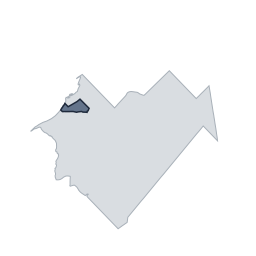 location of Benichab, Inchiri, Mauritania, rotated 46°
{"feature_id": "47542326B98603827415339", "entity_name": "Benichab", "entity_type": "district", "adm_level": 2, "iso_a3": "MRT", "parent_name": "Mauritania", "parent_adm1": "Inchiri", "projection": "natural_earth1", "projection_center": [-15.686, 19.224], "detail": "fine", "context": "in_parent", "style": "filled", "palette": "slate", "viewbox_px": 256, "rotation_deg": 46, "n_neighbors": 0, "source": "geoboundaries", "source_scale": "gbopen_adm2", "svg_char_len": 3748}
<svg xmlns="http://www.w3.org/2000/svg" viewBox="0 0 256 256"><g transform="rotate(46 128 128)"><path d="M113.3,214.7L113.0,214.6L111.7,213.6L111.1,212.4L110.1,211.5L108.7,210.9L107.8,210.2L107.4,209.4L106.9,208.9L106.4,208.7L106.3,208.4L106.5,208.0L106.3,207.3L105.5,205.7L104.7,205.0L104.1,205.1L103.7,204.9L103.5,204.6L103.4,204.1L103.0,203.6L102.2,203.4L101.6,202.3L101.1,200.1L100.5,198.5L99.8,197.3L99.3,196.8L98.9,196.8L98.7,196.6L98.6,196.2L98.1,196.1L97.3,196.5L96.5,196.3L96.2,195.8L95.7,195.7L95.0,196.2L94.3,196.0L93.6,195.3L93.2,194.5L93.1,193.8L91.8,192.3L89.2,190.0L86.4,189.0L83.4,189.1L81.8,189.0L81.4,188.6L81.0,188.7L80.6,189.1L80.3,189.2L79.8,188.9L79.6,189.1L79.5,189.7L78.4,190.0L76.4,190.0L74.8,190.3L73.5,191.0L71.8,191.3L69.5,191.2L68.2,191.0L67.7,190.6L67.1,190.5L66.2,190.7L65.5,191.8L64.8,193.8L64.3,195.0L63.8,195.3L63.4,196.8L63.1,199.3L62.7,200.4L62.7,194.1L63.3,191.8L63.6,189.7L64.9,185.2L66.6,181.5L68.1,176.5L68.7,171.8L68.5,167.1L68.1,162.9L67.3,160.2L66.5,156.2L65.5,154.1L63.4,152.3L63.0,151.2L63.5,150.8L64.7,150.5L65.5,149.1L63.8,149.6L65.7,145.3L66.3,142.3L66.2,140.3L66.6,139.1L65.1,136.5L64.0,133.2L63.4,132.7L62.8,132.4L62.8,133.2L62.5,133.8L61.7,133.4L60.5,131.0L58.8,127.1L58.2,126.7L57.7,127.3L57.3,127.8L56.7,131.0L56.6,129.7L56.8,128.2L57.2,126.3L57.7,123.7L59.2,123.7L61.9,123.7L67.3,123.7L70.0,123.7L75.4,123.7L78.1,123.7L83.5,123.7L86.2,123.7L91.6,123.7L94.3,123.7L99.7,123.7L102.4,123.7L104.2,123.7L104.1,121.8L104.0,120.3L103.8,118.3L103.7,116.4L103.6,114.4L103.5,112.6L103.4,110.7L103.3,109.0L103.2,107.4L103.0,106.5L102.4,104.7L102.3,103.8L102.5,102.9L102.8,102.0L103.9,100.4L105.5,99.1L107.3,97.7L108.7,96.6L109.4,96.3L111.6,95.9L113.3,95.1L114.9,94.3L115.6,93.8L115.7,92.3L115.5,58.5L123.7,58.5L125.9,58.5L141.0,58.5L143.2,58.5L154.2,58.5L154.2,56.9L154.2,54.6L154.1,51.4L154.1,48.3L154.0,42.7L153.9,40.4L156.1,41.9L160.6,45.0L162.8,46.6L167.2,49.7L171.6,52.8L176.0,55.9L178.3,57.4L180.5,59.0L182.7,60.5L184.9,62.1L189.4,65.2L191.2,66.5L194.1,68.6L196.8,70.5L199.4,72.5L195.4,72.5L189.9,72.5L186.2,72.5L182.4,72.5L178.8,72.5L179.2,75.7L179.6,79.1L179.9,82.6L180.3,86.1L180.7,89.6L181.9,100.0L182.3,103.5L182.7,107.0L183.1,110.4L183.5,113.9L184.3,120.9L184.7,124.3L185.1,127.8L185.5,131.3L185.9,134.8L186.2,138.2L187.0,145.2L187.4,148.6L187.8,152.1L188.2,155.6L188.6,159.1L189.0,162.5L189.4,166.0L189.7,169.5L190.5,176.4L190.9,179.9L191.3,183.3L191.7,186.8L192.1,190.2L193.5,191.9L195.3,194.2L194.8,197.3L194.2,201.0L193.6,205.1L188.7,205.1L183.8,205.1L171.7,205.1L169.3,205.1L157.2,205.1L154.8,205.1L150.1,205.1L148.7,205.0L148.2,204.7L148.0,202.6L147.6,202.7L147.1,203.4L146.9,204.0L147.0,204.9L146.9,205.7L145.3,206.0L143.2,206.5L141.0,206.8L138.8,206.7L138.0,206.5L137.2,206.3L135.4,205.9L134.5,205.9L133.4,206.0L132.1,206.2L131.6,206.5L130.7,208.1L129.7,210.0L129.1,209.9L128.4,208.9L126.4,207.0L124.1,204.6L123.0,203.3L122.5,203.2L121.3,204.1L120.4,204.9L119.4,206.1L119.0,207.3L118.6,208.6L118.5,210.2L118.1,212.1L117.3,213.6L116.3,214.8L115.6,215.3L115.4,215.6L113.3,214.7ZM64.7,146.4L63.9,147.7L63.6,147.2L63.4,146.3L64.1,145.1L64.4,144.4L65.0,144.2L64.7,146.4Z" fill="#d9dde1" stroke="#a8b0b8" stroke-width="1"/><path d="M73.9,142.5L73.6,146.3L71.1,156.3L66.5,156.3L66.6,156.7L66.8,157.0L66.9,157.3L67.0,157.8L67.1,158.5L67.1,159.1L67.1,159.3L67.3,159.7L67.4,159.8L67.4,160.0L67.5,160.4L67.5,160.6L67.6,161.0L67.6,161.3L67.7,161.6L67.8,161.9L67.9,162.3L67.9,162.5L68.0,162.9L68.1,163.2L68.2,163.3L68.3,163.5L68.4,163.9L70.6,163.8L71.9,162.4L73.2,161.1L73.7,160.6L75.6,158.6L76.3,157.8L78.0,156.0L80.9,154.1L81.8,152.6L83.9,149.9L84.8,149.6L85.1,149.5L87.3,147.4L88.3,146.6L87.6,145.7L87.9,144.9L86.8,142.3L73.9,142.5Z" fill="#64748b" stroke="#1e293b" stroke-width="1.5"/></g></svg>